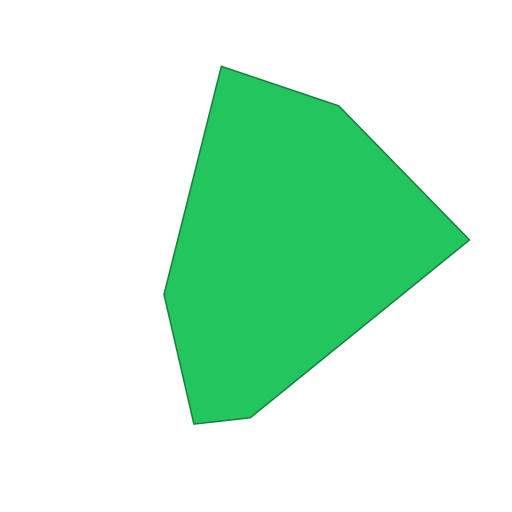 outline of Saint Thomas Lowland, rotated 221°
{"feature_id": "KNA-5110", "entity_name": "Saint Thomas Lowland", "entity_type": "Parish", "adm_level": 1, "iso_a3": "KNA", "parent_name": "Saint Kitts and Nevis", "parent_adm1": "", "projection": "albers", "projection_center": [-62.608, 17.164], "detail": "fine", "context": "isolated", "style": "filled", "palette": "green", "viewbox_px": 512, "rotation_deg": 221, "n_neighbors": 0, "source": "natural_earth", "source_scale": "10m", "svg_char_len": 254}
<svg xmlns="http://www.w3.org/2000/svg" viewBox="0 0 512 512"><g transform="rotate(221 256 256)"><path d="M105.4,408.2L154.2,130.2L192.6,88.4L300.2,166.6L406.6,376.4L292.0,423.6L105.4,408.2Z" fill="#22c55e" stroke="#15803d" stroke-width="1.5"/></g></svg>